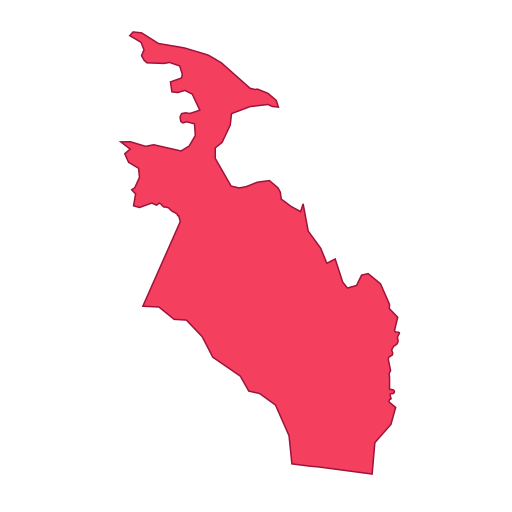 the district of Queen Anne's, Maryland, United States of America, rotated 101°
{"feature_id": "52423323B53512454602615", "entity_name": "Queen Anne's", "entity_type": "district", "adm_level": 2, "iso_a3": "USA", "parent_name": "United States of America", "parent_adm1": "Maryland", "projection": "natural_earth1", "projection_center": [-76.091, 39.048], "detail": "fine", "context": "isolated", "style": "filled", "palette": "rose", "viewbox_px": 512, "rotation_deg": 101, "n_neighbors": 0, "source": "geoboundaries", "source_scale": "gbopen_adm2", "svg_char_len": 2286}
<svg xmlns="http://www.w3.org/2000/svg" viewBox="0 0 512 512"><g transform="rotate(101 256 256)"><path d="M195.8,219.7L203.9,220.7L200.6,231.2L198.7,235.0L195.3,242.1L188.9,244.2L185.0,247.3L179.4,257.2L183.2,268.6L189.9,279.1L192.4,285.6L192.1,293.8L168.0,314.6L157.6,316.6L151.1,311.1L150.7,310.9L132.6,306.3L128.0,306.6L120.9,307.2L110.5,290.4L105.0,273.2L106.1,268.7L105.6,262.4L99.4,265.8L94.0,275.4L91.9,286.4L92.7,288.5L92.5,293.8L72.9,327.0L67.9,341.2L65.4,366.0L66.0,392.4L58.8,410.8L59.5,419.4L63.8,422.0L68.2,409.6L75.0,405.3L81.2,406.6L85.3,403.1L87.2,399.9L84.5,382.9L82.5,377.8L84.0,367.3L84.0,367.2L91.5,363.1L95.4,363.0L101.4,373.2L110.9,369.9L110.5,364.0L107.0,357.4L109.3,349.4L123.6,339.0L128.7,348.1L128.9,352.6L130.4,356.2L134.1,357.1L138.3,355.5L139.3,353.2L137.6,349.8L137.5,349.7L138.0,341.6L147.7,339.0L149.4,338.6L160.8,342.6L167.2,349.6L166.3,377.6L169.4,385.3L167.8,401.2L169.0,406.9L169.8,410.5L175.1,399.9L180.6,404.4L188.4,398.9L192.3,388.0L201.0,385.4L212.1,388.0L214.7,390.7L218.1,386.0L230.1,385.8L230.6,379.6L223.9,368.4L225.1,363.3L222.6,361.1L223.1,359.2L224.5,357.6L225.5,355.7L225.2,353.9L225.4,351.0L227.1,348.6L228.4,346.0L228.8,344.0L230.0,341.3L231.3,340.6L231.4,339.5L236.7,336.9L326.9,357.5L324.6,341.6L333.8,324.3L332.2,312.1L345.5,293.4L363.6,279.1L376.9,248.5L390.0,237.3L390.3,226.2L398.6,208.4L426.1,189.3L453.2,181.1L453.2,180.9L452.1,164.0L451.1,153.9L447.9,100.4L416.5,103.7L395.5,91.4L378.0,90.0L373.9,97.6L372.2,97.7L371.2,97.4L370.9,96.5L370.2,96.2L368.8,96.9L366.7,98.0L366.0,97.9L365.5,97.3L364.9,95.1L364.1,94.4L362.8,94.2L362.0,94.6L361.3,95.5L361.1,97.3L361.2,98.3L361.5,99.1L361.3,99.4L360.8,99.7L359.1,99.9L349.8,101.7L346.7,102.7L345.5,102.8L344.4,102.5L342.9,102.0L332.2,106.4L330.5,106.4L329.7,106.0L327.3,103.4L325.3,103.2L322.6,104.8L321.1,104.6L318.5,103.7L315.8,101.0L313.6,100.3L311.9,100.4L309.3,101.5L308.2,101.5L307.3,101.4L306.5,101.1L305.7,100.8L305.0,100.6L304.6,100.5L304.2,100.5L303.9,100.8L303.7,101.3L303.7,101.9L303.9,103.4L303.9,104.2L303.7,104.9L303.1,105.5L302.7,105.8L289.1,105.2L282.2,115.1L278.0,115.7L259.5,128.5L251.9,142.6L254.6,148.7L265.8,151.7L270.0,160.2L265.1,165.9L243.8,177.7L249.6,185.1L236.0,194.0L221.6,209.5L195.8,219.7Z" fill="#f43f5e" stroke="#9f1239" stroke-width="1.5"/></g></svg>